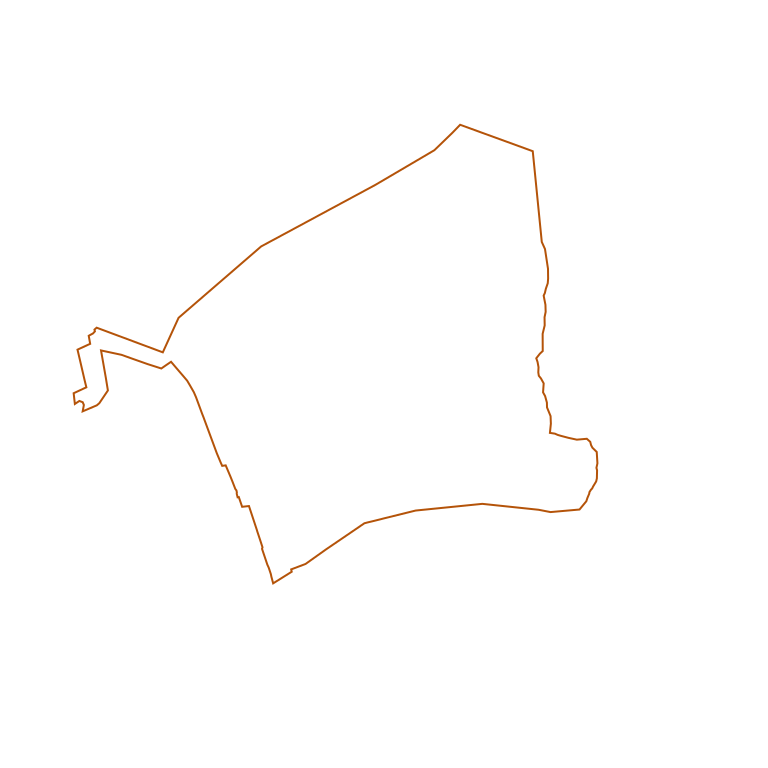 the district of San Lucas Quiaviní, Oaxaca, Mexico, rotated 233°
{"feature_id": "50627088B89558645189060", "entity_name": "San Lucas Quiaviní", "entity_type": "district", "adm_level": 2, "iso_a3": "MEX", "parent_name": "Mexico", "parent_adm1": "Oaxaca", "projection": "albers", "projection_center": [-96.46, 16.882], "detail": "fine", "context": "isolated", "style": "outline", "palette": "amber", "viewbox_px": 768, "rotation_deg": 233, "n_neighbors": 0, "source": "geoboundaries", "source_scale": "gbopen_adm2", "svg_char_len": 1918}
<svg xmlns="http://www.w3.org/2000/svg" viewBox="0 0 768 768"><g transform="rotate(233 384 384)"><path d="M595.9,159.9L585.7,155.4L567.7,147.4L560.5,144.3L563.4,130.6L554.1,125.1L553.8,130.5L550.8,132.4L547.9,131.7L543.5,126.9L539.8,141.8L540.0,145.1L545.0,159.6L556.6,165.7L581.1,178.2L565.3,191.9L555.1,198.6L542.0,207.3L530.4,215.5L530.2,220.9L529.9,227.3L521.4,227.8L510.4,228.5L505.1,228.8L499.7,228.2L491.9,227.2L486.5,225.9L469.9,220.9L466.3,219.9L429.3,208.8L419.9,206.4L416.0,205.5L414.3,208.6L401.9,205.5L397.1,204.2L389.7,202.1L387.8,202.1L385.9,201.2L385.7,200.9L384.9,200.3L381.6,198.9L381.1,200.0L371.3,196.8L367.8,202.7L354.2,198.1L343.6,194.5L342.6,194.1L333.4,191.0L328.8,189.4L326.7,188.7L325.8,187.4L309.9,182.1L306.7,181.4L300.2,179.2L297.7,178.0L297.4,177.9L291.5,175.5L289.6,197.3L291.8,198.3L287.5,213.0L286.8,238.1L284.8,279.8L284.8,280.8L284.7,281.5L284.6,283.9L284.6,284.5L284.0,285.9L283.4,287.4L282.0,290.6L280.7,293.6L279.3,296.9L278.1,299.7L277.0,302.4L263.9,333.1L229.1,390.4L190.5,431.8L181.5,439.9L166.1,464.6L168.6,475.0L170.6,477.9L172.9,481.9L174.0,483.0L175.0,485.6L175.3,487.4L176.3,489.3L178.5,494.8L180.5,497.2L186.8,502.2L189.2,503.2L192.2,506.7L201.7,513.0L207.7,512.1L210.6,512.6L213.7,513.9L218.2,513.0L223.5,504.5L230.0,498.9L236.1,494.1L238.8,492.1L241.5,490.6L245.1,487.1L251.9,493.4L258.1,497.7L267.2,500.1L271.1,502.9L277.4,505.4L281.6,506.0L288.4,511.9L294.0,512.7L297.4,512.6L300.4,514.2L304.4,517.5L309.2,519.9L312.9,521.1L314.4,526.8L314.8,530.6L328.6,540.9L334.1,547.6L340.7,552.4L344.3,556.5L350.1,560.6L358.5,564.7L359.9,567.3L362.6,570.5L365.9,575.4L369.4,578.5L377.3,584.3L394.9,593.8L402.5,595.5L480.4,642.9L545.2,600.8L543.5,590.0L540.4,564.9L548.2,497.1L567.8,368.7L560.5,259.8L542.4,226.4L601.9,188.4L601.7,185.5L600.0,184.8L599.5,182.0L600.0,178.8L600.2,177.2L592.9,173.5L593.4,171.4L595.9,159.9Z" fill="none" stroke="#b45309" stroke-width="2"/></g></svg>